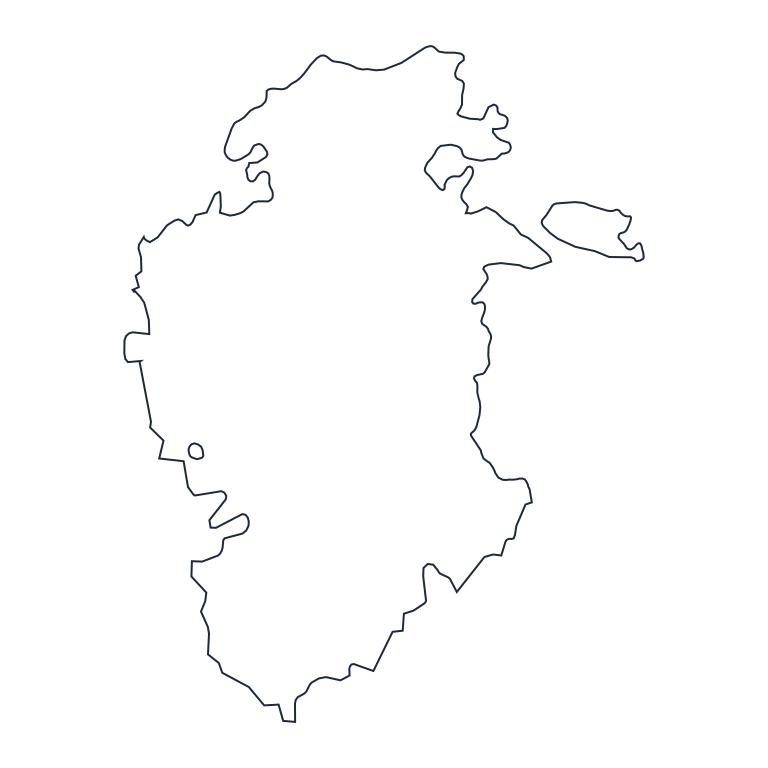 an SVG outline of Burgos
{"feature_id": "ESP-5810", "entity_name": "Burgos", "entity_type": "Autonomous Community", "adm_level": 1, "iso_a3": "ESP", "parent_name": "Spain", "parent_adm1": "", "projection": "orthographic", "projection_center": [-3.389, 42.329], "detail": "fine", "context": "isolated", "style": "outline", "palette": "slate", "viewbox_px": 768, "rotation_deg": 0, "n_neighbors": 0, "source": "natural_earth", "source_scale": "10m", "svg_char_len": 6081}
<svg xmlns="http://www.w3.org/2000/svg" viewBox="0 0 768 768"><path d="M551.2,261.6L531.5,268.6L523.9,267.1L519.5,265.2L500.8,263.1L488.6,264.6L484.3,266.6L483.3,269.1L486.5,273.8L487.5,276.5L487.7,279.2L485.9,282.3L482.2,287.0L481.1,289.4L472.5,299.1L472.1,302.0L473.4,303.6L475.7,303.8L478.0,302.7L480.5,302.3L482.8,302.4L484.4,304.1L485.0,306.5L484.9,309.7L484.0,313.1L482.1,317.9L481.3,321.1L482.1,323.8L486.4,326.8L488.0,328.9L488.8,331.4L490.3,333.7L491.1,336.3L491.0,338.6L488.6,346.5L488.3,355.2L488.6,358.4L489.2,361.2L489.3,364.2L484.7,372.3L482.9,373.8L477.3,375.0L474.5,376.4L474.0,378.5L475.2,380.8L476.9,382.8L477.4,385.6L477.3,392.4L478.7,398.5L479.6,401.3L480.3,407.0L479.5,415.1L476.3,427.2L474.4,430.5L470.9,433.6L471.0,435.6L480.7,450.2L481.4,453.2L483.4,458.3L485.4,460.0L489.9,463.1L493.0,467.7L494.3,470.3L495.3,473.0L498.3,477.5L502.7,479.8L506.5,480.0L508.7,479.6L513.0,479.7L517.3,479.2L519.8,478.5L522.5,478.6L524.8,479.4L526.4,481.6L527.7,484.3L528.4,486.9L529.6,489.3L531.8,502.4L525.5,504.5L516.3,526.1L515.0,534.8L513.7,538.4L511.4,539.0L508.8,538.8L506.4,540.1L505.4,542.0L501.3,555.5L493.2,554.5L484.4,557.0L456.8,592.0L450.0,578.9L448.1,577.3L440.2,573.7L438.8,572.3L437.7,570.2L433.2,564.7L427.7,564.0L423.5,568.0L423.2,576.2L426.0,600.4L425.6,602.0L424.6,603.2L413.6,610.6L403.9,613.7L402.7,630.7L392.6,631.8L373.4,671.0L353.7,664.0L351.3,664.6L349.9,666.5L349.3,669.3L349.6,675.5L340.5,680.3L325.9,677.1L318.9,678.4L311.6,682.6L309.9,684.5L306.3,691.6L304.4,693.5L297.8,697.1L295.7,700.0L295.0,703.6L295.1,721.9L283.2,720.9L278.6,704.6L264.2,705.4L248.8,687.0L222.3,672.8L218.8,663.0L208.0,654.4L209.0,633.7L207.9,627.0L201.0,611.6L205.3,601.0L206.3,592.6L191.4,576.5L191.9,561.2L202.1,561.6L218.1,555.5L220.1,553.6L221.6,551.1L222.6,547.7L223.3,540.2L224.6,538.3L242.4,533.6L246.2,530.6L248.5,525.8L248.8,521.5L247.7,517.5L245.5,514.8L242.3,514.1L216.0,527.8L210.6,527.6L209.4,520.2L225.8,499.3L226.3,495.8L224.2,492.5L221.3,491.2L194.9,495.5L193.4,494.5L188.0,487.1L183.6,461.2L159.2,458.5L163.5,440.6L150.1,427.5L151.0,421.8L139.6,361.9L140.8,361.0L128.0,362.1L125.3,358.9L124.3,353.1L124.5,340.3L126.0,336.2L128.8,333.5L132.6,332.3L149.3,334.1L148.8,319.8L144.2,302.7L140.5,297.1L134.6,290.8L134.0,291.6L132.6,289.9L138.8,287.1L135.7,275.8L141.4,271.3L141.0,257.3L138.5,248.4L139.1,244.5L143.8,237.0L144.2,238.5L146.1,240.2L149.9,242.2L157.6,237.4L167.1,225.3L174.6,220.5L178.4,219.4L182.2,221.0L186.5,225.0L188.1,225.6L190.5,224.5L192.6,221.9L195.6,215.1L206.6,212.5L214.7,194.7L217.0,193.0L219.4,191.9L220.0,192.8L220.4,195.1L220.8,206.5L219.9,212.7L229.9,215.6L234.5,214.9L240.1,213.2L243.5,211.5L253.3,202.4L258.3,201.3L268.2,201.4L270.9,199.8L272.5,197.5L272.8,194.8L272.6,192.2L271.9,190.3L269.8,186.1L269.2,183.0L269.5,179.0L269.3,175.9L268.2,173.3L265.8,171.9L262.9,171.6L259.5,173.4L257.4,176.1L255.1,179.8L252.8,181.4L250.4,181.3L248.4,179.7L247.4,177.3L247.2,174.6L246.1,170.1L246.9,168.1L248.6,166.5L248.8,164.6L249.3,163.0L257.4,162.5L266.0,157.0L267.5,154.2L266.9,151.7L263.5,146.6L261.4,144.8L258.9,143.9L254.2,145.5L252.7,147.6L250.3,152.5L248.3,154.5L240.9,159.0L235.7,160.7L232.8,160.6L230.1,159.5L227.7,157.6L225.9,155.1L224.7,152.3L224.7,149.4L225.1,146.7L231.7,128.4L234.5,123.3L236.7,121.7L239.1,120.7L244.3,117.2L250.2,110.8L254.7,108.2L259.0,106.9L261.9,105.3L265.4,101.5L266.5,97.8L266.7,91.0L268.5,89.5L271.0,88.8L273.8,88.6L281.9,89.3L284.5,88.8L287.1,87.6L291.4,83.8L296.6,80.9L299.9,78.2L304.1,73.6L310.9,64.5L316.7,58.3L320.7,55.7L323.9,55.4L326.4,56.4L330.8,59.9L333.2,61.3L341.5,62.5L349.5,64.7L357.1,68.3L362.5,69.5L367.7,69.1L376.1,70.3L384.1,69.6L401.4,62.9L425.1,47.6L428.0,46.6L430.5,46.1L432.5,46.4L434.2,47.3L438.9,51.6L445.2,52.6L454.8,52.7L461.0,53.7L462.6,54.9L463.7,56.2L463.8,60.0L458.8,64.0L457.3,67.0L455.1,73.1L455.6,76.6L457.3,78.8L462.2,80.9L463.9,83.6L463.6,88.2L462.1,95.2L462.0,104.5L460.2,108.7L458.5,111.2L457.4,113.7L458.7,115.1L461.0,116.3L469.7,118.7L478.1,119.2L480.1,119.8L483.3,118.5L488.5,107.2L493.7,104.6L496.0,105.5L497.4,107.2L497.7,111.7L499.6,114.0L505.0,115.8L507.2,118.1L507.8,120.4L507.1,123.7L506.2,126.1L504.4,127.9L496.6,129.1L493.1,128.9L493.0,132.4L497.1,137.4L500.8,140.0L509.0,142.8L510.4,145.4L510.8,147.5L510.3,149.6L509.4,151.2L507.9,152.4L504.1,153.6L501.8,153.6L498.2,157.0L496.1,158.7L493.6,159.2L487.6,159.3L483.0,160.6L480.3,160.6L469.2,158.6L466.6,157.7L464.3,156.5L462.8,154.5L461.4,149.5L459.6,147.5L457.2,146.2L450.9,144.7L440.7,145.9L438.1,148.0L436.2,150.6L434.9,153.3L431.7,158.1L427.6,162.5L426.2,165.2L425.1,167.8L424.8,170.5L426.0,172.7L430.0,176.5L438.7,187.7L440.7,189.3L442.7,190.1L444.3,189.2L444.8,187.1L444.5,185.0L446.8,180.2L448.8,178.2L451.2,176.9L453.8,176.3L459.2,176.5L461.4,175.2L463.5,173.0L467.4,167.2L470.0,166.5L472.0,167.8L473.1,170.7L472.5,175.1L470.6,178.9L467.5,184.0L464.3,188.1L462.5,191.7L461.5,194.7L461.4,197.6L462.5,200.1L464.3,202.3L466.3,204.2L467.9,206.9L467.0,210.3L465.8,213.2L469.4,213.1L470.6,213.7L477.9,211.4L486.5,207.2L495.7,212.0L503.7,219.5L509.2,223.4L513.6,225.5L520.9,234.5L528.1,237.8L546.9,253.4L550.0,257.1L551.2,261.6ZM197.0,459.2L201.6,457.9L202.7,457.0L203.3,455.5L202.6,450.1L201.1,446.7L198.0,444.4L194.5,443.4L191.6,444.2L190.4,445.4L189.3,447.0L188.7,448.9L188.6,450.9L189.5,454.7L190.4,456.3L191.6,457.3L197.0,459.2ZM574.9,202.1L582.5,202.8L585.7,203.6L589.8,205.5L607.4,210.7L611.0,211.1L613.7,210.7L616.1,209.7L618.0,209.9L619.5,210.8L620.5,212.5L622.2,214.2L624.7,215.9L627.2,216.4L630.1,216.3L631.0,217.4L630.6,220.6L629.9,222.3L629.4,224.1L626.8,229.5L625.7,231.0L624.2,232.2L620.6,233.2L619.2,234.3L618.6,235.9L618.5,237.7L619.6,239.3L623.9,243.9L626.7,248.1L628.5,249.2L630.4,249.5L632.1,248.8L633.9,247.7L636.5,244.6L638.0,243.5L639.9,243.3L640.8,244.4L641.7,246.5L642.1,249.0L643.2,252.4L643.7,257.2L643.1,258.8L640.0,260.6L636.5,261.2L635.2,260.1L634.5,258.6L631.2,257.3L609.2,257.0L594.8,251.1L575.3,246.8L557.7,238.7L550.1,233.0L543.0,225.9L541.6,222.7L542.2,220.0L546.3,215.2L552.1,206.1L553.8,204.3L556.8,203.4L574.9,202.1Z" fill="none" stroke="#1e293b" stroke-width="2"/></svg>